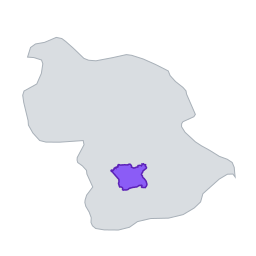 Rwamagana, Eastern, Rwanda (highlighted), rotated 82°
{"feature_id": "39286606B51470133526692", "entity_name": "Rwamagana", "entity_type": "district", "adm_level": 2, "iso_a3": "RWA", "parent_name": "Rwanda", "parent_adm1": "Eastern", "projection": "natural_earth1", "projection_center": [30.347, -1.979], "detail": "fine", "context": "in_parent", "style": "filled", "palette": "violet", "viewbox_px": 256, "rotation_deg": 82, "n_neighbors": 0, "source": "geoboundaries", "source_scale": "gbopen_adm2", "svg_char_len": 5428}
<svg xmlns="http://www.w3.org/2000/svg" viewBox="0 0 256 256"><g transform="rotate(82 128 128)"><path d="M99.3,65.4L102.6,65.3L123.9,59.4L126.0,61.2L129.4,72.7L131.2,74.3L134.2,74.8L140.2,72.1L151.1,63.2L155.9,57.7L161.6,50.1L168.8,41.5L172.8,34.0L176.7,29.6L181.8,28.3L187.5,28.6L191.5,28.7L188.2,30.5L187.6,36.0L191.3,44.8L203.5,63.0L211.3,66.4L216.4,73.5L221.4,85.4L222.9,100.3L220.8,118.3L222.0,131.6L226.5,140.4L227.7,151.7L225.6,165.7L223.0,174.0L219.9,176.8L216.4,177.8L211.7,176.9L206.0,178.1L199.7,180.7L195.8,181.1L193.4,180.5L188.7,178.3L181.5,171.1L167.9,175.1L164.2,175.0L159.2,178.4L155.2,182.6L152.7,182.9L150.2,182.4L138.5,173.9L134.2,174.1L132.5,198.0L130.5,211.3L128.1,217.2L119.7,222.9L111.3,226.2L106.7,225.9L88.2,227.7L80.9,227.7L76.9,225.8L71.7,212.2L61.9,206.2L52.5,203.4L48.6,204.2L45.2,211.3L43.8,217.6L34.7,213.3L31.9,207.9L31.6,198.8L28.3,186.4L30.2,181.1L33.7,177.6L41.3,171.1L52.9,162.0L55.4,157.6L57.0,150.4L56.2,133.6L55.1,119.4L56.5,114.3L61.8,103.3L68.8,92.1L77.1,80.2L82.0,79.0L88.6,74.5L95.5,67.9L99.3,65.4Z" fill="#d9dde1" stroke="#a8b0b8" stroke-width="1"/><path d="M164.4,133.1L164.4,133.3L164.5,133.3L164.5,133.5L164.5,133.8L164.3,134.6L164.2,135.4L164.2,135.5L164.0,136.0L163.9,136.2L163.9,136.4L163.9,136.5L163.9,137.0L163.9,137.6L163.9,138.3L163.8,138.5L163.7,138.7L163.7,138.9L163.7,139.0L163.8,139.3L163.7,139.7L163.7,139.9L163.7,140.0L163.7,140.3L163.6,140.8L163.5,141.2L163.4,141.5L163.3,141.4L163.2,141.5L163.1,141.9L162.9,142.3L163.1,142.9L163.5,143.1L164.0,143.4L164.0,143.2L164.3,143.2L164.4,143.3L164.5,143.5L164.6,143.4L164.6,143.2L164.8,143.3L164.8,143.6L165.0,143.9L165.2,143.7L165.3,143.7L165.3,143.9L165.2,143.9L165.1,144.0L165.1,144.3L165.3,144.8L165.2,145.0L165.3,145.1L165.4,145.3L165.3,145.5L165.4,145.8L165.7,145.7L165.8,145.7L165.7,145.8L165.4,146.1L165.5,146.2L165.6,146.4L165.6,146.5L165.8,146.7L166.0,146.7L166.1,146.8L166.1,147.0L165.9,147.0L165.8,146.9L165.8,147.0L165.9,147.3L166.0,147.4L166.1,147.5L166.3,147.5L166.7,147.5L166.9,147.5L167.1,147.8L167.3,148.0L167.5,148.1L167.7,148.3L167.7,148.6L167.9,148.9L167.8,149.1L167.9,149.4L167.6,149.3L167.8,149.5L167.7,149.6L167.4,149.6L167.3,149.8L167.4,150.0L167.5,149.9L167.6,150.3L167.5,150.5L167.4,150.5L167.6,150.5L167.8,150.4L167.8,150.5L168.0,150.4L168.3,150.4L168.5,150.5L168.6,150.3L168.8,150.3L169.0,150.1L169.0,149.9L169.0,149.6L169.1,149.4L170.1,149.1L170.5,148.9L171.3,148.4L172.0,147.8L172.3,147.7L172.6,147.4L172.8,147.4L173.0,147.2L173.3,147.1L173.7,146.8L173.8,146.7L174.3,146.4L174.6,146.2L175.3,145.7L175.5,145.6L175.7,145.4L175.9,145.4L176.1,145.2L176.6,144.9L176.8,144.7L177.5,144.3L177.8,144.2L178.3,144.3L178.6,144.3L178.8,144.3L179.7,144.4L179.8,144.4L180.1,144.4L180.7,144.7L180.9,144.8L181.1,145.0L181.5,145.1L182.1,145.1L182.6,144.9L183.6,144.8L183.9,144.8L184.0,144.8L184.4,144.7L184.8,144.5L185.2,144.3L185.3,144.3L185.3,144.1L185.2,144.0L185.4,143.5L185.4,143.4L185.4,143.2L185.5,143.0L185.7,142.6L185.8,142.4L186.0,142.2L186.7,141.7L186.9,141.7L187.2,141.7L187.3,141.7L188.3,142.0L188.8,141.5L188.9,140.9L188.8,139.9L188.9,139.4L189.1,138.9L189.1,137.8L188.9,136.5L188.3,135.8L188.2,135.4L188.0,135.2L187.9,134.8L187.8,134.3L187.9,134.2L187.7,133.6L187.7,133.3L187.7,133.1L187.7,132.8L187.6,132.4L187.6,132.2L187.6,131.9L187.5,131.7L187.4,131.3L187.4,131.1L187.5,131.0L187.5,130.9L187.6,130.4L187.6,129.8L187.6,129.6L187.5,129.2L187.5,128.9L187.5,128.5L187.5,128.3L187.6,128.0L187.6,127.8L187.5,127.2L187.2,126.4L186.9,125.9L186.6,125.5L186.5,125.2L186.4,124.9L186.4,124.7L186.5,124.5L186.6,124.3L186.7,124.2L186.6,123.9L186.6,123.5L186.5,123.4L186.5,123.2L186.5,122.9L186.5,122.7L186.6,122.4L186.8,122.3L187.1,122.2L187.2,122.3L187.7,122.6L188.0,122.6L188.4,122.8L188.5,122.7L188.8,122.5L188.8,122.3L188.8,122.2L188.9,121.8L188.9,121.7L189.0,121.2L189.1,120.9L189.2,120.7L189.2,120.3L189.3,119.6L189.3,119.4L189.4,119.2L188.9,118.7L188.7,118.5L187.8,117.7L187.3,117.4L186.8,117.2L186.6,117.1L186.1,117.1L185.6,117.1L185.2,117.2L184.6,117.3L183.6,117.4L182.8,117.7L182.5,117.8L182.0,118.1L181.3,118.5L180.6,118.9L180.1,119.2L180.0,119.4L179.5,119.8L179.3,120.0L179.1,120.1L178.6,120.3L178.2,120.4L177.3,120.4L177.2,120.5L176.9,120.8L176.6,121.0L176.3,121.1L176.1,121.2L175.6,121.0L175.3,120.9L175.0,120.7L174.8,120.5L174.7,120.5L173.9,119.7L173.6,119.5L173.2,119.4L172.9,119.3L172.7,119.2L172.4,118.7L171.9,118.0L171.9,117.9L171.8,117.7L171.0,116.5L170.7,115.8L170.5,115.6L170.2,115.3L170.0,115.2L169.8,115.2L169.6,115.2L169.4,115.2L169.1,115.4L168.4,115.9L168.2,116.1L167.9,116.1L167.6,116.0L167.3,115.7L167.2,115.7L166.8,115.7L166.8,115.8L166.7,116.0L166.5,116.7L166.5,117.1L166.4,117.2L166.2,117.3L166.0,117.5L165.6,117.7L165.7,118.4L165.7,118.5L165.7,118.8L165.6,119.0L165.9,119.0L166.0,119.1L166.3,119.3L166.6,119.4L166.8,119.5L167.0,119.6L167.2,119.8L167.3,119.9L167.2,120.0L166.9,120.3L166.8,120.5L166.8,120.9L166.7,121.1L166.6,121.4L166.6,121.8L166.6,122.8L166.6,123.3L166.9,123.4L167.3,123.5L167.7,123.7L167.8,123.8L168.0,123.8L168.0,124.1L167.9,124.2L167.9,124.4L167.9,124.9L167.9,125.1L168.1,125.6L168.1,125.9L168.2,126.3L168.3,126.3L168.3,126.5L168.4,126.9L168.5,127.8L168.5,128.0L168.1,128.4L167.8,129.1L167.5,129.4L167.3,130.0L166.3,129.8L166.2,129.8L165.9,129.9L165.3,130.1L165.1,130.2L164.8,130.4L164.5,130.7L164.2,130.9L164.2,131.0L164.1,131.3L164.0,131.7L164.0,132.0L164.1,132.5L164.3,133.0L164.4,133.1Z" fill="#8b5cf6" stroke="#5b21b6" stroke-width="1.5"/></g></svg>